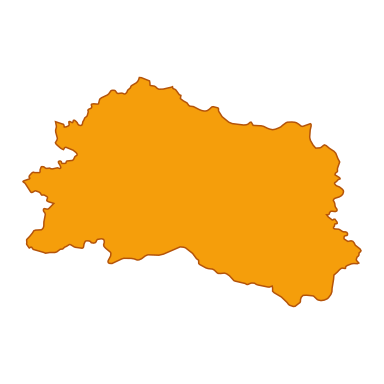 an SVG outline of Orel
{"feature_id": "RUS-2366", "entity_name": "Orel", "entity_type": "Region", "adm_level": 1, "iso_a3": "RUS", "parent_name": "Russia", "parent_adm1": "", "projection": "natural_earth1", "projection_center": [36.297, 52.785], "detail": "fine", "context": "isolated", "style": "filled", "palette": "amber", "viewbox_px": 384, "rotation_deg": 0, "n_neighbors": 0, "source": "natural_earth", "source_scale": "10m", "svg_char_len": 5879}
<svg xmlns="http://www.w3.org/2000/svg" viewBox="0 0 384 384"><path d="M339.7,162.0L337.5,168.2L337.4,169.4L337.5,171.2L337.2,171.8L335.4,173.2L335.0,174.8L339.6,177.7L340.1,178.8L338.1,179.7L336.4,181.6L334.8,182.6L334.6,183.1L334.6,183.7L335.8,185.3L336.8,185.9L339.5,187.0L342.0,188.9L343.3,190.4L343.5,191.5L343.4,192.3L342.8,194.1L341.5,195.6L339.3,196.9L335.0,198.3L333.9,199.1L333.4,200.1L333.3,200.6L334.3,202.2L334.7,203.4L335.1,206.1L335.5,207.2L336.8,209.0L337.1,210.0L336.7,211.0L335.2,211.6L331.9,211.2L330.7,211.4L329.5,212.7L329.3,213.8L328.9,214.4L328.5,214.6L326.6,214.7L328.2,216.9L332.1,219.9L332.9,220.0L333.6,219.3L334.9,219.2L337.0,222.0L337.2,222.8L337.2,223.4L336.7,223.7L335.0,223.9L334.7,224.3L334.4,226.1L333.7,226.9L333.5,227.4L333.6,228.3L334.7,228.9L338.7,229.2L339.8,229.7L342.2,231.3L343.4,231.8L345.6,231.9L346.8,232.4L347.5,233.4L347.5,234.9L346.9,235.5L345.2,235.8L344.3,236.3L344.0,237.6L344.0,238.6L344.3,239.1L347.9,241.4L351.1,240.8L352.8,241.3L354.3,243.1L354.9,244.5L355.4,245.3L360.0,248.9L361.0,250.6L360.6,251.6L359.1,252.9L358.9,255.1L358.4,256.0L357.0,257.2L356.3,259.4L356.5,260.4L358.8,263.0L357.4,263.7L353.9,263.5L351.6,263.8L347.5,265.4L346.3,266.1L345.7,266.7L345.5,268.3L345.1,268.5L342.5,268.1L341.2,268.4L339.6,269.6L337.3,272.1L333.9,275.1L333.6,279.1L332.1,288.2L331.9,291.7L330.9,294.4L328.4,297.8L327.2,298.8L324.2,300.1L321.0,300.6L318.2,300.0L317.2,299.5L313.6,296.1L312.4,295.8L306.4,295.2L303.0,295.4L301.2,297.3L300.5,299.5L300.4,301.6L300.0,302.5L295.1,306.3L293.3,306.5L289.8,305.3L288.6,304.5L287.1,302.5L281.4,297.0L274.1,292.7L273.2,291.8L272.6,291.2L272.6,288.0L272.2,286.1L269.3,287.1L267.8,287.0L258.1,285.0L256.3,284.4L254.5,283.2L251.7,283.0L250.2,283.4L248.1,284.4L247.3,284.5L246.6,284.4L245.2,283.5L235.1,281.1L233.9,280.6L229.4,275.7L226.4,273.7L224.4,273.1L220.5,273.5L218.1,273.4L217.1,272.8L214.3,270.1L212.5,269.1L208.2,268.6L205.9,267.9L199.7,264.5L198.8,263.6L198.7,263.2L198.6,260.4L198.2,259.9L196.5,258.7L192.6,253.4L185.5,247.8L183.5,247.2L180.1,246.9L163.5,254.1L158.9,255.2L148.4,254.8L147.6,254.9L145.3,255.9L141.5,258.8L138.9,259.9L137.1,260.0L134.2,258.9L131.1,258.4L123.8,258.3L121.8,258.9L112.0,263.5L109.6,263.4L108.5,262.9L108.2,262.4L108.0,261.7L108.2,260.6L110.6,256.0L110.9,253.6L110.7,252.8L110.4,252.2L105.6,248.2L104.0,246.4L103.6,244.9L104.3,242.2L104.1,240.3L103.5,239.4L102.1,238.9L101.2,238.8L97.5,239.4L96.6,240.4L96.1,241.7L95.4,242.6L93.7,243.1L91.6,242.8L91.1,242.6L90.7,241.8L90.1,241.4L89.2,241.0L87.0,240.8L86.0,241.0L85.3,241.3L84.1,243.8L83.5,247.1L83.0,247.8L82.5,248.1L81.9,248.2L75.4,247.3L74.2,246.9L70.8,244.8L69.8,244.5L69.2,244.6L66.6,246.3L64.6,247.2L62.7,249.0L60.2,249.3L56.8,251.9L54.9,252.5L49.9,252.5L45.5,253.2L43.6,252.4L33.2,249.4L31.6,247.2L30.6,247.2L29.5,248.0L29.1,247.9L26.7,244.4L26.6,243.7L26.8,242.6L26.6,240.0L26.8,239.4L29.7,236.4L32.3,233.2L33.9,230.7L35.7,230.1L41.3,229.8L42.3,229.1L43.3,227.8L43.8,226.0L43.9,221.9L45.3,214.6L45.0,213.2L43.6,211.2L43.4,210.5L43.5,209.2L43.9,208.8L44.4,208.6L47.3,209.2L48.1,209.0L49.0,208.4L53.8,203.4L48.3,201.7L46.8,200.7L46.9,199.7L47.5,198.0L47.5,197.3L47.2,196.8L44.5,195.2L43.8,195.0L41.8,195.1L41.3,194.7L40.2,192.9L38.9,192.0L35.5,190.8L34.5,191.1L32.6,192.3L31.6,192.5L31.1,192.3L30.7,192.0L25.1,183.3L23.2,181.9L23.0,181.5L23.2,181.2L24.1,180.7L29.4,178.9L29.8,178.1L29.1,177.2L29.2,176.1L29.9,175.1L31.7,173.1L32.7,172.4L33.5,172.2L34.7,172.6L39.5,172.6L40.1,171.8L40.1,169.8L41.1,167.1L41.5,166.7L42.0,166.6L43.8,166.8L45.3,168.0L45.9,168.3L46.7,168.4L49.8,168.1L50.5,168.6L51.3,168.8L52.4,168.9L57.0,167.9L57.5,167.8L59.6,168.5L60.2,168.4L60.6,168.1L60.8,167.2L59.9,165.0L58.6,163.0L58.4,162.2L58.5,161.5L59.5,161.0L60.6,161.1L61.3,161.7L61.7,163.1L62.0,163.4L64.9,163.4L65.8,163.1L66.5,161.3L67.0,161.0L72.5,160.4L73.6,159.4L74.8,156.8L75.4,156.2L76.9,155.3L77.1,154.8L77.0,153.9L76.0,152.5L73.1,150.2L66.3,147.4L65.6,147.3L64.6,147.7L63.5,149.6L62.4,149.2L60.7,148.2L57.2,145.2L55.9,143.8L55.4,142.7L57.0,139.9L57.4,138.3L55.7,132.1L55.6,130.1L56.3,127.4L56.4,126.2L55.5,121.7L63.4,124.3L63.9,125.1L64.3,127.0L66.0,126.9L68.2,126.0L68.9,125.3L69.2,124.7L68.9,122.9L68.9,121.8L69.2,121.6L69.8,121.5L71.8,122.5L72.5,122.6L72.9,122.1L73.4,120.4L73.9,120.2L74.6,120.3L76.0,121.4L77.2,122.7L78.0,124.3L78.7,125.0L80.3,125.5L81.6,125.3L82.4,124.0L82.8,121.9L84.1,119.6L84.6,118.2L85.0,117.7L86.0,117.0L87.2,115.8L88.2,112.1L88.2,111.1L87.9,110.3L88.1,109.8L88.6,109.3L91.2,108.1L91.5,107.7L91.8,106.8L91.3,104.9L91.4,104.4L91.8,104.1L93.7,103.8L97.5,104.1L98.5,103.8L99.7,99.2L101.4,97.8L107.3,95.0L108.7,93.9L110.9,90.8L112.0,90.3L114.1,90.3L114.8,90.5L115.3,90.8L117.0,93.1L118.0,93.5L121.5,93.1L122.7,93.3L124.3,94.0L124.9,94.0L125.7,93.5L126.7,92.5L127.7,90.2L130.4,87.8L131.0,86.2L131.6,85.6L136.2,82.9L137.7,81.4L138.7,79.5L139.3,77.5L141.5,77.7L149.5,80.9L149.9,82.7L150.0,85.1L150.4,85.5L154.3,86.1L155.6,86.8L156.9,88.1L158.7,89.2L163.1,89.1L171.3,87.2L172.5,86.7L172.9,88.4L173.7,88.9L174.6,89.1L175.9,90.0L179.3,94.7L180.9,95.4L180.4,98.6L183.4,100.9L187.0,102.9L188.6,105.2L189.7,106.1L193.5,106.6L199.3,109.6L201.6,110.5L204.0,111.0L205.7,111.0L207.3,110.6L209.4,109.2L211.3,107.4L212.1,106.8L213.4,106.7L217.6,107.8L218.2,108.1L218.5,108.7L218.5,110.3L218.7,111.3L222.1,116.7L228.8,122.2L232.2,123.6L243.6,125.0L246.2,124.8L247.9,124.2L250.3,122.2L251.2,122.2L253.2,125.4L261.3,125.8L263.7,126.4L267.3,128.2L269.7,129.1L272.6,129.7L275.4,129.2L278.5,128.0L280.8,126.9L282.7,125.2L286.1,122.7L287.4,122.2L291.8,122.0L294.9,122.3L296.5,122.8L298.6,124.1L301.3,126.2L302.7,126.4L310.3,123.7L310.8,124.0L311.1,124.6L311.1,126.1L310.2,130.0L309.7,136.8L309.8,138.1L310.5,140.6L313.1,145.1L315.7,148.1L319.6,147.9L321.1,147.4L323.5,145.4L324.5,144.9L326.2,145.6L329.4,148.3L334.0,151.3L335.8,153.3L337.9,158.6L339.7,162.0Z" fill="#f59e0b" stroke="#b45309" stroke-width="1.5"/></svg>